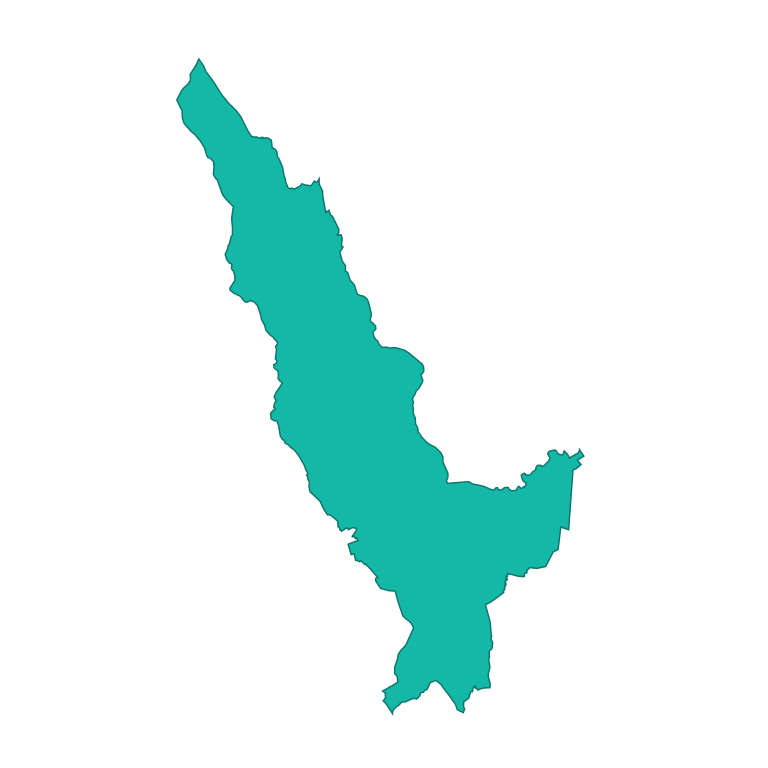 Rieni, Bihor, Romania, rotated 88°
{"feature_id": "2599482B82314750202462", "entity_name": "Rieni", "entity_type": "district", "adm_level": 2, "iso_a3": "ROU", "parent_name": "Romania", "parent_adm1": "Bihor", "projection": "orthographic", "projection_center": [22.405, 46.554], "detail": "fine", "context": "isolated", "style": "filled", "palette": "teal", "viewbox_px": 768, "rotation_deg": 88, "n_neighbors": 0, "source": "geoboundaries", "source_scale": "gbopen_adm2", "svg_char_len": 6156}
<svg xmlns="http://www.w3.org/2000/svg" viewBox="0 0 768 768"><g transform="rotate(88 384 384)"><path d="M222.5,529.9L230.0,530.3L231.3,531.6L238.6,533.7L240.7,535.1L242.8,535.2L248.8,538.2L254.2,536.8L257.8,534.2L258.5,532.4L259.3,532.0L263.6,532.4L266.2,530.4L270.8,529.3L275.3,529.4L282.9,534.7L284.9,534.5L288.0,530.8L290.9,525.2L292.2,523.8L296.1,521.0L297.4,519.3L297.3,517.3L295.9,514.8L297.5,510.7L301.5,507.5L311.0,504.8L315.1,504.2L321.5,501.1L326.2,500.1L331.2,495.9L333.2,493.2L335.9,491.4L336.8,490.2L339.7,488.9L341.2,489.5L342.6,491.0L346.0,490.2L355.1,491.7L357.0,490.2L358.3,490.3L359.8,491.3L361.1,493.7L364.2,493.1L367.2,489.6L371.4,489.1L374.5,489.7L377.4,488.0L378.2,486.6L379.7,485.6L388.4,491.9L393.0,494.2L396.6,492.5L399.4,494.0L403.0,495.0L403.7,494.9L404.6,493.4L405.2,493.4L406.6,495.7L409.4,498.4L414.8,498.0L416.7,495.4L417.1,492.4L421.5,490.9L432.4,489.4L435.2,487.8L437.3,485.6L439.8,484.8L441.4,481.7L444.4,479.1L446.6,476.1L452.8,471.6L462.6,466.4L467.6,464.9L470.5,463.2L472.5,464.5L474.2,463.3L476.3,463.4L479.9,462.0L481.7,462.0L482.7,462.7L489.1,461.7L499.1,451.9L506.9,448.6L512.7,445.1L512.7,443.5L513.7,441.3L519.4,435.1L525.3,434.8L525.5,433.6L528.4,433.1L529.7,431.5L528.7,430.4L528.6,429.4L526.9,427.6L526.7,426.3L527.1,425.4L528.4,424.6L526.4,420.5L527.3,416.7L528.4,416.5L530.4,417.5L535.2,421.1L535.7,421.0L535.2,418.8L537.6,418.0L537.0,416.4L539.4,415.3L542.5,424.7L543.1,425.4L553.3,422.8L552.6,419.9L559.3,418.5L559.1,417.9L560.8,414.4L559.6,413.4L563.8,409.4L563.3,408.7L569.4,403.2L577.2,397.0L578.0,399.2L580.7,399.1L588.2,394.4L590.6,386.7L591.4,380.0L602.1,377.6L616.7,373.1L623.7,365.4L628.9,362.9L646.0,371.5L651.1,376.7L654.8,379.2L659.7,380.2L667.5,383.2L673.9,383.4L676.2,381.2L682.0,380.5L684.4,383.7L684.9,385.1L685.6,385.6L686.4,387.8L690.9,396.1L692.8,393.5L698.0,393.5L700.6,395.9L703.5,393.2L713.6,387.0L712.3,387.0L709.4,385.5L706.7,382.5L705.5,380.3L702.7,377.7L702.3,373.6L699.5,366.6L699.3,363.9L700.0,362.4L697.2,359.4L693.7,357.9L693.4,355.3L691.6,354.1L690.6,351.5L684.2,348.4L682.0,342.5L686.4,337.3L689.0,335.9L697.1,330.0L706.9,323.6L712.1,322.1L715.2,316.2L711.6,314.8L708.9,315.8L703.9,315.4L703.8,314.3L702.4,312.8L702.4,312.2L701.9,312.1L700.9,310.2L700.3,310.3L699.3,309.6L697.6,309.5L696.8,308.6L695.0,308.4L694.4,307.3L694.7,306.7L693.5,305.9L692.2,306.2L690.3,305.0L690.2,304.3L689.3,304.5L688.8,304.0L689.5,302.7L691.2,303.1L691.4,302.3L693.1,300.9L691.9,297.8L691.3,294.6L691.2,288.8L687.7,288.2L679.8,290.1L676.9,289.8L670.9,288.0L663.1,289.0L660.4,288.1L657.5,288.4L654.2,287.9L652.9,286.0L651.1,285.0L645.6,284.5L643.5,285.8L641.3,285.8L639.4,285.1L638.8,285.6L625.8,286.2L608.2,290.3L605.2,284.2L596.6,271.7L595.0,272.0L594.1,270.9L592.6,270.7L592.2,270.2L590.5,270.5L589.7,269.4L589.4,269.4L589.2,270.0L588.2,269.8L588.5,269.2L588.1,269.0L587.1,269.7L586.7,269.3L586.2,269.8L584.8,269.6L584.1,267.6L583.5,267.5L583.4,268.1L582.9,268.2L582.9,268.7L581.7,268.6L581.4,269.0L581.0,268.8L581.2,267.9L580.4,267.3L580.2,268.0L578.1,267.2L578.2,266.7L577.8,266.9L577.8,266.4L580.8,256.5L581.4,251.8L581.0,252.0L581.0,250.4L578.4,250.1L577.7,248.9L577.8,247.9L574.3,247.3L574.5,246.9L574.1,246.0L572.6,245.1L573.6,237.5L572.0,228.8L557.8,220.8L555.4,215.8L533.1,212.3L536.1,204.6L478.8,198.4L477.0,198.6L474.8,194.1L471.4,189.9L467.0,193.4L463.0,186.8L456.5,190.9L457.9,191.1L459.6,192.2L463.7,200.0L464.7,201.1L460.7,203.0L457.2,206.2L461.2,207.8L460.3,212.1L456.2,214.7L456.0,216.8L457.1,221.2L458.0,222.2L459.4,222.8L463.3,220.9L464.3,220.9L466.4,221.9L471.1,226.7L471.9,228.2L471.0,229.7L470.6,231.6L471.0,233.0L470.7,233.4L472.2,234.8L475.3,235.6L476.9,238.5L480.0,241.2L480.1,245.5L478.7,245.8L478.1,247.0L479.2,249.3L480.3,250.0L483.6,249.2L485.6,248.4L488.2,245.4L489.6,245.6L491.4,246.7L491.8,247.3L491.5,248.1L493.0,249.4L493.0,250.7L491.0,252.9L491.9,254.0L494.9,255.8L495.2,260.2L493.7,262.6L492.0,263.3L491.6,264.4L491.8,267.4L493.4,269.1L494.0,271.9L493.5,273.3L491.5,274.3L491.6,275.6L493.8,277.8L493.6,279.0L493.2,280.8L490.2,286.9L488.9,290.8L487.1,298.8L485.1,301.7L484.6,303.4L485.5,324.1L482.6,325.0L479.9,323.5L475.5,323.2L465.4,327.3L462.6,328.0L459.7,327.6L456.8,328.6L454.7,329.6L449.2,334.8L445.7,340.9L443.2,343.9L438.7,347.9L433.0,351.5L428.6,352.0L425.2,353.8L418.8,354.0L413.8,356.0L410.2,355.4L406.3,356.2L403.3,355.1L400.7,355.9L398.7,355.7L395.2,353.3L391.7,351.9L390.1,349.8L388.2,348.4L383.6,345.6L381.5,345.1L376.4,346.8L372.8,343.8L368.1,343.9L365.5,345.1L353.8,358.2L350.8,362.7L348.3,370.5L347.9,374.5L348.4,376.8L347.3,380.1L347.3,383.9L346.8,385.1L344.3,387.4L340.4,389.1L339.5,390.5L337.7,391.6L334.4,393.0L331.7,393.2L328.9,390.3L325.6,390.4L324.1,392.1L322.6,393.0L321.3,395.3L318.2,395.4L315.2,394.4L312.1,394.4L301.7,396.7L299.1,397.7L296.9,399.5L295.0,402.8L295.0,404.1L293.4,407.5L283.9,410.2L278.7,414.4L272.2,416.1L270.9,416.8L270.1,418.6L264.5,418.4L259.7,421.5L250.7,423.5L245.7,420.2L245.4,421.4L241.0,421.5L239.3,420.8L236.6,420.8L233.4,421.8L233.5,425.6L231.0,423.9L227.6,423.9L214.8,429.6L213.0,431.6L208.5,433.0L209.9,434.2L209.3,435.0L210.7,436.3L193.3,438.7L189.2,438.7L181.9,441.8L176.7,441.7L179.8,443.6L179.9,444.8L178.8,446.6L183.4,450.0L182.1,456.8L181.0,459.0L183.1,460.7L186.1,466.9L185.1,469.3L185.4,472.0L184.3,473.2L178.9,475.2L176.3,475.3L172.2,476.7L164.3,477.7L155.6,480.9L152.9,482.7L150.9,482.5L150.0,483.1L148.5,482.8L145.3,484.7L145.0,486.0L143.5,487.5L136.4,488.1L135.7,489.4L134.4,490.6L133.7,493.9L134.3,495.2L133.7,495.8L134.3,496.2L133.7,496.5L133.1,497.8L133.9,498.6L133.7,499.9L134.0,500.8L133.0,501.8L133.0,503.2L132.5,503.4L133.0,504.6L132.2,506.5L132.4,507.1L131.0,508.4L126.1,511.3L111.9,517.8L105.5,522.3L98.5,529.0L89.1,536.2L75.7,544.0L65.5,551.1L60.3,552.9L52.8,557.7L59.4,561.1L67.8,566.9L72.8,566.7L74.9,567.6L77.7,569.7L80.7,573.4L83.7,576.0L92.9,581.2L104.2,576.2L111.3,576.2L117.0,574.5L124.7,568.0L128.2,564.2L134.4,559.3L141.5,555.2L148.7,553.4L151.3,552.2L152.1,550.0L155.8,546.6L161.2,546.3L168.7,547.2L173.0,544.8L174.3,543.4L187.8,539.2L190.2,538.0L193.4,535.8L201.8,528.1L203.9,528.9L213.6,530.5L222.5,529.9Z" fill="#14b8a6" stroke="#0f766e" stroke-width="1.5"/></g></svg>